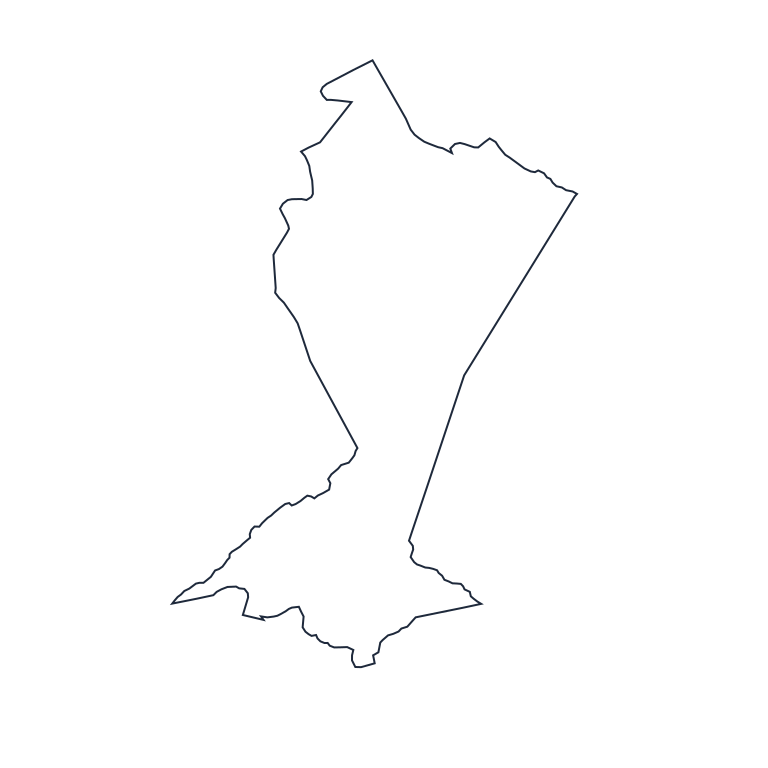 outline of Pedra, Pernambuco, Brazil, rotated 205°
{"feature_id": "56859067B75166120123114", "entity_name": "Pedra", "entity_type": "district", "adm_level": 2, "iso_a3": "BRA", "parent_name": "Brazil", "parent_adm1": "Pernambuco", "projection": "mercator", "projection_center": [-36.895, -8.673], "detail": "fine", "context": "isolated", "style": "outline", "palette": "slate", "viewbox_px": 768, "rotation_deg": 205, "n_neighbors": 0, "source": "geoboundaries", "source_scale": "gbopen_adm2", "svg_char_len": 2912}
<svg xmlns="http://www.w3.org/2000/svg" viewBox="0 0 768 768"><g transform="rotate(205 384 384)"><path d="M423.4,625.4L420.0,622.0L430.6,622.5L435.0,621.5L440.4,621.1L444.8,620.8L449.9,620.6L456.6,621.7L461.7,622.9L467.3,625.8L476.3,633.7L482.9,638.4L531.2,672.5L544.6,655.5L562.7,631.8L565.0,627.0L565.0,622.5L561.1,619.4L555.9,617.3L552.4,619.0L545.5,621.5L532.5,625.8L536.1,610.0L538.5,600.0L544.1,576.0L552.3,566.3L557.4,559.6L551.9,557.1L548.7,554.5L543.9,550.1L540.7,545.2L537.8,541.5L535.1,538.1L531.3,531.2L528.8,526.2L528.9,522.8L532.0,518.0L536.9,516.8L545.5,512.6L549.1,510.0L551.8,504.7L552.4,499.0L547.6,495.1L543.9,492.4L537.7,487.1L535.7,484.5L535.9,480.2L538.3,460.3L538.8,454.4L536.7,450.5L522.7,425.2L521.2,420.7L515.3,417.6L509.1,415.4L503.5,412.1L494.0,406.6L487.9,402.5L482.8,397.2L460.6,373.7L427.3,349.0L381.0,314.7L381.4,311.3L380.7,306.9L381.4,303.2L382.7,297.8L388.6,292.4L389.8,287.9L393.5,279.9L394.4,274.2L390.7,271.4L389.1,265.1L393.2,259.3L396.8,255.0L398.8,250.9L402.5,251.3L406.3,250.4L408.1,247.2L410.2,242.7L413.4,237.8L416.3,234.9L419.7,236.0L422.8,233.5L425.9,227.9L429.1,221.2L430.7,217.1L432.9,213.5L434.3,209.9L435.7,206.2L436.7,202.0L441.1,200.1L442.6,195.7L442.2,191.2L440.4,188.1L442.2,184.3L444.5,179.2L445.7,175.8L448.3,171.7L451.0,167.6L452.0,164.5L450.6,161.3L451.7,158.2L452.3,154.5L453.2,150.2L455.4,146.5L458.3,143.6L459.4,136.1L463.6,127.5L467.3,125.8L470.1,123.6L474.0,116.3L477.5,112.0L479.0,107.4L481.0,103.8L482.2,99.5L483.1,95.5L471.9,103.7L462.8,110.4L449.4,120.5L447.8,124.9L444.6,129.2L440.1,133.9L432.4,137.9L428.9,137.6L423.9,139.3L419.0,136.8L417.0,133.3L414.3,115.0L393.5,119.3L397.2,121.4L391.1,123.2L385.7,126.6L382.7,128.9L380.5,131.7L377.0,136.6L375.2,139.9L373.0,142.4L367.0,146.1L363.0,142.7L358.6,139.3L354.9,129.1L350.5,126.3L346.6,125.4L343.2,125.1L339.5,127.8L336.7,125.3L332.9,123.9L328.5,124.1L325.6,125.5L322.6,123.9L317.8,124.2L311.7,127.2L306.2,130.0L299.4,130.0L298.3,124.6L296.2,120.0L290.4,115.4L285.1,117.7L274.4,126.9L276.7,130.1L279.2,133.5L275.7,138.5L276.5,141.7L278.1,148.1L277.0,151.4L274.1,157.9L270.0,161.5L266.2,165.8L264.9,169.7L260.3,173.9L257.9,182.0L256.7,185.9L218.0,214.5L203.0,225.8L207.5,226.3L212.1,227.3L215.6,228.3L218.4,231.9L224.2,231.9L226.8,234.1L229.9,235.3L233.8,233.9L237.7,232.3L241.9,232.4L246.5,232.1L250.3,234.8L254.5,235.8L257.2,237.6L261.4,237.2L265.4,236.4L269.1,235.1L274.4,234.8L277.8,234.4L281.4,235.3L286.7,238.4L287.2,242.3L287.6,246.3L289.5,249.5L295.1,252.5L296.4,263.7L301.7,310.6L315.0,425.7L300.9,545.3L290.4,634.6L289.4,637.8L294.4,638.2L300.9,636.6L305.9,637.3L311.3,636.1L316.3,637.8L319.9,640.2L323.6,640.1L328.0,642.6L334.5,642.7L336.7,639.8L340.8,638.7L347.8,638.7L365.8,642.3L371.0,643.0L376.3,645.5L380.3,647.5L385.1,650.5L392.0,651.2L395.1,645.5L398.6,638.2L402.3,636.6L412.3,635.5L417.0,634.6L421.1,631.5L423.4,625.4Z" fill="none" stroke="#1e293b" stroke-width="2"/></g></svg>